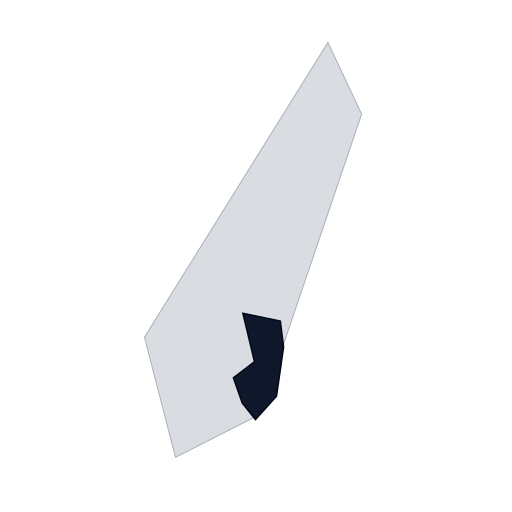 location of North Side within Anguilla, rotated 145°
{"feature_id": "AIA-5119", "entity_name": "North Side", "entity_type": "District", "adm_level": 1, "iso_a3": "AIA", "parent_name": "Anguilla", "parent_adm1": "", "projection": "equal_earth", "projection_center": [-63.042, 18.253], "detail": "fine", "context": "in_parent", "style": "filled", "palette": "ink", "viewbox_px": 512, "rotation_deg": 145, "n_neighbors": 0, "source": "natural_earth", "source_scale": "10m", "svg_char_len": 411}
<svg xmlns="http://www.w3.org/2000/svg" viewBox="0 0 512 512"><g transform="rotate(145 256 256)"><path d="M393.9,253.5L74.6,389.7L88.1,311.6L344.0,124.0L437.4,137.3L393.9,253.5Z" fill="#d9dde1" stroke="#a8b0b8" stroke-width="1"/><path d="M273.4,188.7L285.6,165.6L319.6,129.4L350.3,122.3L351.6,143.4L344.4,169.2L317.9,170.3L299.6,216.6L273.4,188.7Z" fill="#0f172a" stroke="#020617" stroke-width="1.5"/></g></svg>